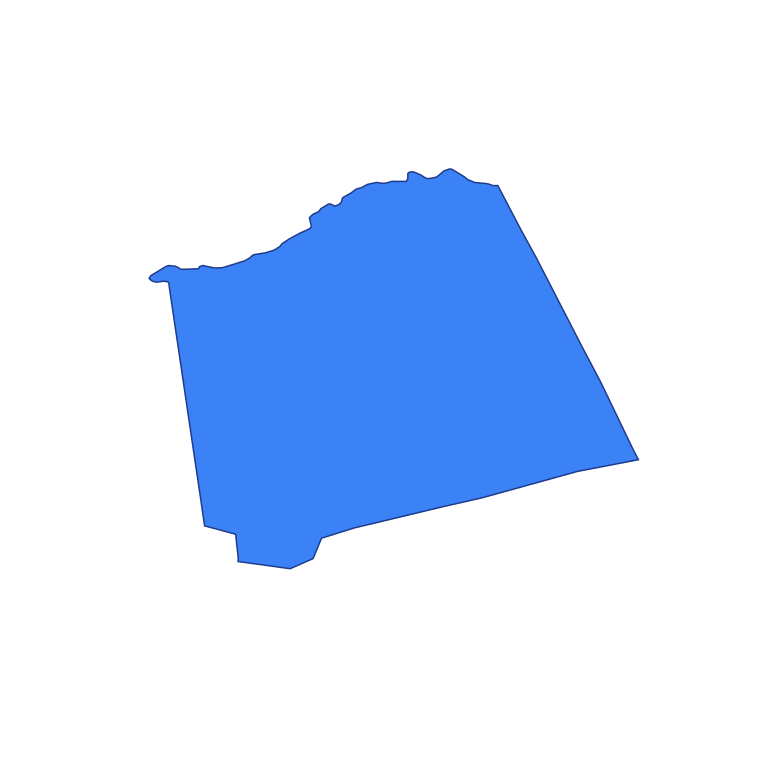 Sussex, New Jersey, United States of America, rotated 33°
{"feature_id": "52423323B31235652397007", "entity_name": "Sussex", "entity_type": "district", "adm_level": 2, "iso_a3": "USA", "parent_name": "United States of America", "parent_adm1": "New Jersey", "projection": "robinson", "projection_center": [-74.813, 41.128], "detail": "fine", "context": "isolated", "style": "filled", "palette": "blue", "viewbox_px": 768, "rotation_deg": 33, "n_neighbors": 0, "source": "geoboundaries", "source_scale": "gbopen_adm2", "svg_char_len": 1382}
<svg xmlns="http://www.w3.org/2000/svg" viewBox="0 0 768 768"><g transform="rotate(33 384 384)"><path d="M310.8,600.7L341.4,590.8L356.5,609.3L358.3,612.4L405.9,590.0L419.6,569.1L415.6,547.3L437.2,521.2L501.4,453.6L528.0,426.3L593.8,352.0L638.6,308.9L629.2,303.6L564.9,264.5L530.7,245.4L442.8,195.1L414.9,180.1L371.4,155.6L366.8,158.5L363.7,159.0L360.4,160.3L350.3,165.6L342.6,167.0L338.3,166.5L323.9,166.9L321.7,168.1L318.2,172.7L315.6,181.4L313.0,184.4L309.0,187.9L306.3,188.6L300.9,188.7L294.7,189.7L292.3,190.5L289.9,192.5L289.3,194.4L292.1,198.8L292.4,201.3L291.9,202.3L280.3,209.7L276.0,214.7L273.1,216.7L268.0,219.0L261.4,225.6L258.1,231.7L254.6,235.5L254.3,236.3L252.3,241.8L248.1,249.7L248.0,251.2L249.2,254.7L248.5,257.8L247.6,259.4L245.9,261.5L241.3,262.2L240.2,262.6L239.3,263.7L235.6,271.1L235.3,275.0L231.9,280.5L230.9,284.9L231.4,285.8L236.3,290.3L237.5,292.1L237.2,293.5L236.6,295.1L231.0,303.8L225.5,314.0L222.0,322.0L221.9,325.0L218.9,331.6L212.9,338.8L204.6,346.2L203.4,348.5L202.9,351.0L200.0,356.7L185.4,374.2L178.9,378.9L167.5,383.3L165.4,386.0L165.7,387.8L165.2,388.7L151.9,398.0L150.2,398.6L147.8,398.4L144.8,398.9L139.1,401.8L137.2,404.0L129.5,419.9L129.4,423.0L130.0,423.6L132.3,423.9L135.1,423.6L138.0,422.3L142.9,418.1L145.5,416.6L147.6,416.1L149.3,416.9L149.6,417.9L293.7,581.2L310.8,600.7Z" fill="#3b82f6" stroke="#1e3a8a" stroke-width="1.5"/></g></svg>